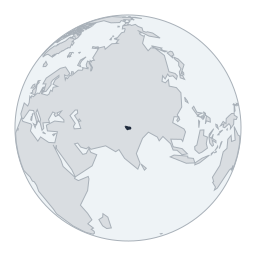 Karnali on an orthographic globe, rotated 334°
{"feature_id": "NPL-1126", "entity_name": "Karnali", "entity_type": "Administrative Zone", "adm_level": 1, "iso_a3": "NPL", "parent_name": "Nepal", "parent_adm1": "", "projection": "orthographic", "projection_center": [82.262, 29.569], "detail": "fine", "context": "on_globe", "style": "filled", "palette": "slate", "viewbox_px": 256, "rotation_deg": 334, "n_neighbors": 0, "source": "natural_earth", "source_scale": "10m", "svg_char_len": 11138}
<svg xmlns="http://www.w3.org/2000/svg" viewBox="0 0 256 256"><g transform="rotate(334 128 128)"><circle cx="128" cy="128" r="113" fill="#eef3f6" stroke="#a8b0b8"/><path d="M163.3,21.0L163.2,21.2L169.6,24.8L174.7,27.1L171.2,26.0L182.9,31.6L188.4,35.7L180.3,30.4L178.0,29.4L180.7,31.7L179.0,31.3L179.3,32.3L176.9,31.7L172.4,29.0L170.8,28.6L172.8,30.3L171.7,31.0L169.0,28.5L166.8,29.6L158.8,26.0L153.4,21.0L147.0,19.6L136.4,16.6L135.4,16.9L130.8,16.3L128.0,16.5L126.8,16.2L125.5,16.7L127.2,17.0L127.1,17.3L125.6,17.6L123.9,17.1L124.4,16.9L123.1,16.9L122.8,16.6L122.1,16.9L120.1,16.5L119.8,17.3L116.3,17.4L115.7,17.0L118.7,16.5L124.7,15.4L134.5,15.5L144.3,16.5L153.9,18.4L163.3,21.0ZM108.7,17.0L108.3,17.1L110.4,16.9L106.9,17.6L102.3,18.5L100.3,18.9L98.3,19.4L97.5,19.8L91.4,21.5L82.9,24.8L82.2,25.1L90.8,21.7L99.7,19.0L108.7,17.0ZM178.8,29.1L177.1,27.9L179.3,29.3L178.8,29.1ZM179.7,32.6L180.8,33.1L180.5,33.4L179.7,32.6ZM112.2,16.6L111.3,16.7L112.2,16.6ZM114.0,16.4L114.7,16.3L115.6,16.2L115.2,16.3L114.0,16.4ZM176.6,32.8L175.8,33.3L175.8,32.3L176.6,32.8ZM112.9,16.7L117.2,16.0L118.8,15.9L118.5,16.3L112.9,16.7ZM174.9,33.3L173.0,34.9L175.2,36.1L168.1,33.9L172.0,33.1L171.7,31.6L173.2,32.8L174.9,33.3ZM128.3,17.0L126.5,16.7L129.4,16.7L128.3,17.0ZM130.2,17.0L139.1,17.2L140.9,18.0L137.6,17.7L141.2,18.7L137.7,18.9L135.0,18.4L134.4,17.8L133.5,18.4L130.2,17.0ZM164.4,32.6L163.3,32.7L163.6,32.1L164.4,32.6ZM127.4,17.5L129.0,17.4L130.7,18.0L127.8,18.4L128.2,18.1L127.4,17.5ZM143.8,19.0L144.6,19.6L142.0,20.0L141.9,20.3L137.8,19.0L143.8,19.0ZM127.0,18.0L126.3,18.6L124.1,18.6L125.9,17.7L127.0,18.0ZM132.4,18.1L133.1,18.5L131.8,18.4L132.4,18.1ZM115.8,19.1L117.7,18.8L118.8,19.0L115.8,19.1ZM126.1,18.8L126.9,18.8L127.5,18.9L126.6,19.3L126.1,18.8ZM136.2,19.4L135.0,19.5L137.8,19.9L136.0,20.4L133.6,19.5L133.8,20.0L133.3,20.2L131.9,19.4L136.2,19.4ZM127.6,20.1L123.8,19.4L120.1,19.9L119.0,19.6L125.3,19.0L127.6,20.1ZM130.2,19.7L128.3,19.9L128.0,19.4L129.1,18.9L130.2,19.7ZM135.6,21.0L139.1,20.6L139.5,20.8L135.6,21.0ZM126.5,20.3L127.5,20.5L126.3,20.4L126.5,20.3ZM132.9,20.9L134.1,20.6L134.5,20.9L132.9,20.9ZM128.3,21.1L127.1,20.9L127.8,20.5L128.3,21.1ZM130.5,21.1L130.8,21.5L128.8,20.6L130.9,20.9L130.5,21.1ZM133.1,21.2L133.8,21.2L132.6,21.2L133.1,21.2ZM126.4,22.8L123.7,21.7L125.2,20.8L127.7,22.0L126.4,22.8ZM21.1,92.4L22.1,89.8L24.8,83.2L36.6,72.2L36.4,76.0L42.5,81.7L42.7,83.5L39.0,87.9L41.2,100.3L45.5,97.7L50.4,106.2L55.7,109.2L62.9,100.4L54.3,95.3L55.8,89.7L65.1,89.6L73.0,94.6L73.9,92.6L71.4,85.8L75.7,83.6L70.8,83.3L70.9,85.9L67.8,85.9L67.5,83.5L69.1,82.7L67.4,80.6L60.4,85.4L59.8,88.6L53.8,86.1L52.2,91.3L49.7,92.4L51.5,84.1L53.3,81.8L54.5,71.7L52.1,73.7L50.8,83.6L50.1,82.1L46.8,85.4L48.7,81.7L50.8,70.9L47.2,68.7L38.1,73.8L36.9,72.3L37.9,68.3L45.7,60.0L47.5,64.3L50.3,61.9L53.7,56.4L54.0,58.4L55.6,56.8L56.7,58.4L61.9,56.9L63.6,58.2L69.3,54.2L70.9,54.5L67.1,56.7L65.3,59.2L69.8,63.2L71.8,62.9L75.1,60.1L75.9,61.8L78.6,58.6L83.0,59.8L79.8,55.8L83.7,52.8L88.3,51.9L89.0,50.4L81.5,51.9L79.0,53.2L77.7,55.5L70.4,59.1L68.1,58.6L73.6,52.4L70.9,51.1L76.4,47.3L93.3,44.7L98.6,45.8L99.6,53.5L96.2,54.8L94.2,52.5L92.7,57.3L94.5,55.6L95.2,57.1L99.0,55.1L99.7,56.1L102.2,52.6L103.5,53.7L101.8,55.9L108.6,54.2L112.2,56.0L113.4,55.2L113.6,53.8L118.0,57.2L118.7,56.5L117.5,55.1L118.2,52.8L121.0,50.1L122.3,51.5L121.5,52.6L121.8,57.1L119.4,60.2L120.2,60.5L122.6,58.2L122.3,52.6L123.6,50.7L124.3,53.1L124.1,52.1L125.2,51.6L127.5,52.4L127.0,49.6L137.0,43.3L142.5,44.5L142.0,47.2L150.4,45.2L156.0,47.5L154.9,46.1L158.2,44.6L156.5,43.8L156.2,43.0L163.9,39.6L166.8,40.1L168.9,37.7L168.3,37.0L166.3,36.5L168.1,33.9L175.2,36.1L176.1,37.4L180.0,38.1L181.5,41.1L184.5,44.2L183.9,47.5L186.3,49.9L187.6,50.0L191.8,53.5L196.3,61.2L187.2,54.6L179.4,44.5L182.2,48.4L179.9,47.6L179.9,49.1L181.9,52.0L183.2,52.3L178.2,58.3L179.9,67.4L183.7,66.0L187.2,68.0L192.5,78.7L189.5,95.4L194.2,99.6L195.2,102.8L192.8,105.5L191.3,100.8L187.8,99.8L187.3,96.9L182.9,100.2L182.0,96.2L179.0,101.0L181.4,103.8L185.6,102.2L183.4,108.4L189.2,112.9L191.0,119.5L185.5,132.7L178.1,137.7L177.9,139.9L174.3,138.1L170.5,142.8L177.9,153.4L178.0,156.7L171.3,164.0L171.0,161.6L161.6,156.8L160.4,164.7L167.6,170.3L170.1,177.3L164.9,175.7L162.3,169.5L158.9,167.6L159.4,160.8L155.7,150.9L150.4,153.2L150.4,149.0L144.5,140.7L136.6,143.6L124.3,154.6L123.4,165.0L118.8,169.3L111.6,153.8L110.4,143.4L106.5,143.9L100.1,134.2L85.3,130.9L84.4,127.8L81.4,128.4L77.1,124.4L76.2,119.5L73.0,118.8L75.8,131.9L79.3,132.6L83.9,129.2L83.9,133.6L88.2,138.3L79.2,146.3L59.2,148.8L59.2,140.7L54.6,115.0L55.8,112.8L55.9,112.5L56.0,112.0L53.5,115.3L53.3,110.3L53.6,127.5L52.8,134.1L58.8,149.2L57.8,150.0L60.3,153.5L71.0,154.1L70.6,156.6L64.3,166.5L51.4,176.5L54.3,187.0L55.3,194.7L49.9,196.5L53.1,202.8L50.6,202.9L52.3,206.0L51.8,207.8L50.1,208.2L44.3,203.2L41.8,200.1L35.7,191.9L26.2,173.8L25.4,168.2L24.0,162.3L20.0,145.7L20.7,139.5L20.2,135.3L18.8,133.8L18.5,128.8L17.9,127.3L15.7,120.3L16.4,112.7L18.3,102.4L21.1,92.4ZM29.3,79.9L28.3,81.7L28.2,81.7L29.3,79.9ZM79.3,105.2L85.4,107.7L86.3,100.5L88.7,101.0L88.1,98.5L86.3,100.0L85.4,93.4L89.3,92.6L90.4,89.7L88.4,88.7L81.3,91.4L82.6,100.7L79.7,102.7L79.3,105.2ZM63.6,47.7L62.7,49.4L60.5,50.6L58.4,49.6L61.6,47.7L63.6,47.7ZM62.0,51.5L68.0,46.1L69.6,46.7L67.7,47.2L68.1,48.2L65.2,49.3L60.7,55.5L58.5,57.1L55.9,54.0L58.0,54.0L58.7,52.3L62.0,51.5ZM80.8,33.8L83.4,32.2L83.3,35.6L80.9,36.7L78.6,35.6L80.2,33.6L80.8,33.8ZM111.4,17.8L112.5,17.5L113.0,17.6L112.5,17.9L111.4,17.8ZM116.6,18.9L107.5,19.5L108.2,19.1L102.1,20.2L101.5,19.7L105.5,18.9L100.5,19.5L103.9,18.6L100.2,19.3L109.3,17.5L112.1,17.0L109.1,17.8L109.6,18.2L110.6,18.2L115.7,18.0L122.1,17.3L123.5,17.9L122.8,18.5L121.5,18.7L121.0,18.2L119.6,19.0L117.9,18.4L116.6,18.9ZM114.1,29.2L114.1,27.8L111.0,30.5L109.2,29.4L109.0,29.8L106.5,29.7L103.1,30.2L102.7,29.6L101.5,30.1L99.9,30.1L98.1,30.7L96.9,29.8L94.6,30.5L95.3,29.7L91.8,31.1L93.8,29.7L91.9,29.8L91.0,31.1L88.4,26.6L85.7,26.3L82.4,26.9L86.3,24.8L91.9,23.1L97.8,22.1L99.8,22.9L101.2,22.0L102.6,22.2L100.9,22.8L104.3,22.0L105.0,22.4L110.2,22.4L114.7,21.2L116.8,21.3L115.3,22.0L118.3,21.7L117.0,23.0L118.4,23.2L118.5,24.9L114.9,26.2L116.8,26.3L116.9,27.8L114.1,29.2ZM126.3,23.2L122.4,24.8L119.5,25.1L120.6,22.1L119.5,21.8L120.1,20.2L124.2,19.9L123.7,20.3L124.1,20.7L122.6,20.6L124.1,21.0L123.4,21.7L124.4,22.2L122.9,22.5L126.3,23.2ZM44.9,82.7L45.4,83.7L46.7,84.6L44.7,86.9L44.9,82.7ZM46.2,75.3L46.9,75.6L44.7,79.0L44.1,78.1L46.2,75.3ZM49.3,73.1L47.2,75.4L48.0,73.7L49.3,73.1ZM68.0,57.0L69.0,57.3L68.4,58.1L66.9,58.8L68.0,57.0ZM104.7,37.9L105.1,36.8L105.9,36.8L108.8,34.7L110.3,35.5L109.2,37.1L104.7,37.9ZM60.3,101.3L57.7,102.3L57.4,100.9L58.4,100.8L60.3,101.3ZM50.0,94.4L51.4,97.2L49.4,95.0L50.0,94.4ZM106.8,38.5L107.9,37.5L108.0,38.5L106.8,38.5ZM111.6,36.0L112.1,37.0L110.8,35.4L111.6,36.0ZM110.8,237.3L112.9,237.9L111.0,237.7L110.8,237.3ZM70.8,199.3L69.2,210.5L64.8,209.0L62.3,204.8L61.7,197.5L66.2,197.0L67.9,194.0L70.8,199.3ZM194.4,188.2L197.1,187.8L196.9,188.3L194.4,188.2ZM191.6,187.5L194.8,186.8L191.0,188.6L191.6,187.5ZM196.0,186.5L199.2,184.7L200.6,183.6L200.3,184.5L196.0,186.5ZM189.4,188.1L177.0,190.7L171.9,190.4L173.2,188.7L181.4,187.6L189.4,188.1ZM172.8,188.7L164.9,185.2L153.3,172.5L157.5,172.5L169.4,179.5L168.7,181.0L173.5,184.0L172.8,188.7ZM191.5,176.4L190.6,180.9L183.9,182.1L180.7,182.0L178.6,176.9L179.8,173.9L182.4,173.5L191.9,161.5L195.4,163.0L192.6,167.9L195.4,171.0L191.5,176.4ZM123.9,166.0L126.8,172.2L124.3,173.1L123.9,166.0ZM195.3,153.4L191.8,158.8L194.8,152.1L195.3,153.4ZM196.8,147.3L197.3,149.5L195.5,147.7L196.8,147.3ZM178.2,143.1L175.5,144.1L175.2,142.5L178.5,140.2L178.2,143.1ZM192.4,125.1L193.2,129.9L193.0,131.7L191.3,129.1L192.4,125.1ZM121.5,45.7L115.7,47.4L112.6,49.6L112.4,52.2L110.2,49.6L115.0,46.1L121.5,45.7ZM135.0,43.3L135.1,41.4L136.7,41.9L136.9,42.4L135.0,43.3ZM133.9,42.4L130.9,40.6L132.1,39.4L134.2,41.0L133.9,42.4ZM118.7,39.0L116.9,39.4L116.8,38.6L118.7,39.0ZM206.9,208.4L207.0,208.2L205.0,210.2L203.6,211.3L205.0,209.0L202.9,210.9L206.0,207.6L202.5,211.0L202.8,209.6L200.6,210.2L181.9,221.2L178.4,221.7L180.7,219.4L180.2,213.9L181.5,213.7L182.3,209.3L194.2,201.9L203.1,191.2L208.0,189.7L212.8,181.9L217.4,179.9L215.2,185.5L219.0,185.9L224.1,173.2L223.9,182.8L224.9,184.2L222.1,189.9L219.4,193.8L213.5,201.4L206.9,208.4ZM236.8,156.4L237.0,155.4L237.0,155.8L236.8,156.4ZM201.0,186.6L205.0,182.1L206.9,181.1L201.0,186.6ZM236.8,155.6L236.4,156.4L236.5,155.7L236.8,155.6ZM237.1,154.1L237.1,153.3L237.1,154.8L237.1,154.1ZM236.4,153.7L236.8,154.3L236.4,154.0L236.4,153.7ZM236.0,154.5L235.6,154.5L235.7,154.2L236.0,154.5ZM229.1,163.0L231.0,166.1L229.0,167.8L227.0,166.5L224.6,171.0L219.7,173.6L221.1,171.0L220.6,168.4L215.0,170.1L213.8,168.7L216.0,166.4L212.0,166.6L216.4,163.8L218.0,167.0L220.4,162.6L224.2,161.3L227.5,160.4L229.8,161.4L229.1,163.0ZM216.1,172.6L216.8,172.3L216.1,173.8L216.1,172.6ZM234.8,153.7L235.4,154.6L235.3,155.2L235.0,155.4L234.8,153.7ZM230.4,160.3L233.1,154.7L233.6,154.3L231.8,159.5L230.4,160.3ZM232.6,153.1L233.7,152.5L234.1,153.8L233.9,154.6L232.6,153.1ZM207.2,172.8L206.9,174.0L205.7,173.5L207.2,172.8ZM208.8,171.5L212.3,171.3L208.4,172.6L208.8,171.5ZM197.2,171.4L198.4,173.8L202.0,170.9L199.2,174.3L201.5,177.9L200.6,179.8L198.4,175.8L197.3,180.9L195.7,181.3L194.9,177.4L196.7,171.8L198.3,169.2L204.8,166.2L197.2,171.4ZM208.8,168.3L207.8,165.5L208.5,163.1L209.6,164.4L208.8,168.3ZM204.6,158.8L201.7,156.0L199.3,158.2L203.9,151.4L206.0,155.2L204.6,158.8ZM201.8,151.3L199.5,153.4L201.7,149.5L201.8,151.3ZM198.8,152.3L198.3,149.7L200.2,149.5L198.8,152.3ZM203.0,151.1L202.9,146.4L204.1,148.8L203.0,151.1ZM196.8,144.0L201.3,147.2L195.9,146.8L194.4,138.2L196.6,137.3L196.8,144.0ZM201.4,104.7L200.2,102.3L201.8,101.1L202.2,103.0L201.4,104.7ZM206.1,95.7L201.9,100.0L198.3,103.8L200.0,104.5L200.2,109.1L197.0,105.8L198.7,100.1L201.6,98.0L200.9,94.3L202.4,91.1L200.3,86.9L200.5,84.7L203.3,87.9L206.1,95.7ZM199.2,85.2L196.1,77.7L199.8,77.5L201.3,79.1L201.2,82.5L199.2,82.4L199.2,85.2ZM196.4,75.9L194.5,75.8L186.0,66.3L185.1,64.4L193.5,71.0L192.2,71.3L193.6,73.8L196.4,75.9ZM164.3,33.3L163.4,32.7L164.6,33.0L164.3,33.3ZM155.2,42.7L155.1,41.7L156.5,41.9L155.2,42.7ZM155.4,39.2L153.9,39.6L155.0,38.6L155.4,39.2ZM150.5,40.7L153.0,39.5L151.4,41.4L150.5,40.7Z" fill="#d9dde1" stroke="#a8b0b8" stroke-width="1"/><path d="M126.9,126.3L127.1,126.4L127.3,126.4L127.4,126.5L127.4,126.4L127.5,126.5L127.7,126.8L127.8,126.8L127.8,127.0L128.0,127.1L128.3,127.2L128.4,127.3L128.5,127.3L128.6,127.5L128.8,127.7L128.9,127.8L129.0,127.8L129.3,127.9L129.4,128.0L129.4,127.9L129.5,127.9L129.6,128.0L129.8,128.2L129.9,128.3L130.0,128.4L130.0,128.5L130.2,128.8L130.3,128.8L130.3,129.0L130.2,129.3L130.1,129.5L129.9,129.6L129.7,129.7L129.2,129.5L128.9,129.5L128.8,129.4L128.7,129.3L128.7,129.2L128.4,129.1L128.2,129.1L128.3,129.0L128.2,128.9L127.8,129.0L127.7,129.1L127.4,129.2L127.2,129.1L126.9,129.0L126.8,128.9L126.7,128.8L126.7,128.7L126.7,128.4L126.8,128.4L127.0,128.5L127.0,128.4L127.0,128.2L127.2,127.9L127.1,127.6L127.1,127.4L126.8,127.3L126.7,127.4L126.6,127.2L126.4,127.1L126.3,126.9L126.5,126.8L126.5,126.7L126.5,126.4L126.6,126.5L126.8,126.4L126.9,126.3Z" fill="#64748b" stroke="#1e293b" stroke-width="1.5"/></g></svg>